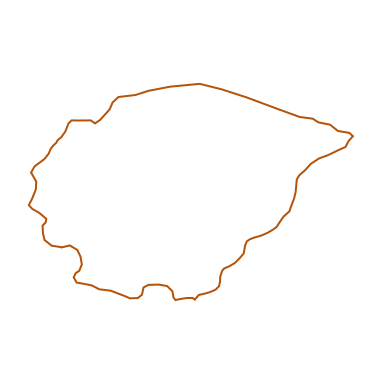 Vindeln, Västerbotten, Sweden (orthographic projection), rotated 87°
{"feature_id": "70781695B31589151940817", "entity_name": "Vindeln", "entity_type": "district", "adm_level": 2, "iso_a3": "SWE", "parent_name": "Sweden", "parent_adm1": "Västerbotten", "projection": "orthographic", "projection_center": [19.601, 64.412], "detail": "fine", "context": "isolated", "style": "outline", "palette": "amber", "viewbox_px": 384, "rotation_deg": 87, "n_neighbors": 0, "source": "geoboundaries", "source_scale": "gbopen_adm2", "svg_char_len": 1493}
<svg xmlns="http://www.w3.org/2000/svg" viewBox="0 0 384 384"><g transform="rotate(87 192 192)"><path d="M114.2,308.5L117.2,311.8L124.9,315.3L130.5,319.7L133.1,323.3L136.0,325.2L137.7,327.5L141.1,330.6L146.3,333.2L151.4,337.7L158.1,347.8L164.2,351.7L164.6,351.4L173.5,347.0L181.2,347.8L190.1,351.9L196.6,355.6L200.6,352.3L204.7,345.8L211.2,338.9L214.8,339.8L217.7,343.0L225.4,343.0L232.2,341.8L238.3,334.9L240.3,325.1L240.5,325.1L239.0,316.8L243.9,309.5L250.8,306.7L258.6,305.8L264.8,308.7L266.9,312.3L271.0,314.6L276.4,312.0L277.7,306.3L280.0,297.0L284.3,289.7L286.3,278.3L292.2,265.1L294.9,259.5L295.1,251.7L292.0,247.4L284.8,245.4L282.5,240.5L282.7,230.0L284.7,221.7L290.0,216.8L296.4,216.0L299.0,214.2L298.2,208.8L297.6,202.9L297.8,197.0L299.6,194.8L295.2,190.6L294.1,184.2L292.8,178.9L290.7,173.5L287.6,170.0L283.0,168.7L277.9,168.2L272.3,166.0L270.0,163.9L268.2,158.8L265.3,153.2L260.4,147.7L256.1,143.6L248.4,141.8L244.1,139.8L242.3,136.8L240.8,132.4L239.2,125.3L236.6,118.4L233.8,113.1L231.3,109.3L226.7,106.0L221.4,101.9L216.5,95.8L209.9,93.1L204.1,90.5L197.5,88.5L185.0,86.7L181.0,84.1L176.2,78.0L170.1,71.9L165.1,63.3L162.1,53.7L157.8,43.5L156.9,41.2L155.1,36.4L149.5,33.1L144.7,28.4L141.2,31.7L138.7,43.1L132.0,50.6L129.1,62.1L125.1,67.6L122.7,80.6L113.8,101.6L100.4,132.5L91.0,157.1L84.4,178.6L85.7,208.6L88.7,230.3L92.2,243.6L93.3,260.5L98.4,266.6L105.2,269.9L115.2,280.0L118.4,285.3L115.2,289.3L114.7,301.0L114.2,308.5Z" fill="none" stroke="#b45309" stroke-width="2"/></g></svg>